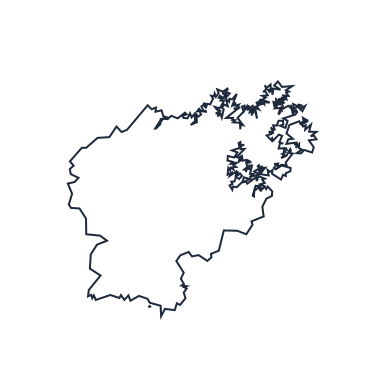 La Chorrera, Panama (orthographic projection), rotated 63°
{"feature_id": "35544464B93152851867893", "entity_name": "La Chorrera", "entity_type": "district", "adm_level": 2, "iso_a3": "PAN", "parent_name": "Panama", "parent_adm1": "", "projection": "orthographic", "projection_center": [-79.87, 8.978], "detail": "fine", "context": "isolated", "style": "outline", "palette": "slate", "viewbox_px": 384, "rotation_deg": 63, "n_neighbors": 0, "source": "geoboundaries", "source_scale": "gbopen_adm2", "svg_char_len": 5985}
<svg xmlns="http://www.w3.org/2000/svg" viewBox="0 0 384 384"><g transform="rotate(63 192 192)"><path d="M94.6,192.1L107.1,221.7L106.6,227.5L99.4,229.6L105.6,240.7L100.9,251.6L104.6,266.2L102.6,270.1L109.3,286.9L114.8,285.5L116.1,290.5L121.1,291.9L127.8,286.7L129.8,292.0L128.1,298.8L139.1,299.6L147.3,307.5L151.3,307.0L155.6,299.7L167.6,298.5L181.6,305.4L189.2,293.7L196.8,289.9L195.8,300.6L201.6,310.5L213.9,317.8L224.9,311.4L232.5,328.5L237.7,332.0L237.9,328.5L241.4,329.1L239.6,326.4L244.5,326.7L246.7,311.5L253.5,304.8L251.6,302.1L257.4,301.3L255.3,295.6L260.9,296.2L260.5,286.4L266.9,280.2L271.5,279.9L279.1,271.6L288.7,275.9L283.9,269.2L289.4,261.0L284.3,256.0L287.2,253.9L283.7,246.0L277.8,245.0L275.6,240.6L273.3,242.3L273.5,239.6L270.6,243.8L270.3,241.0L264.3,241.3L260.1,236.0L246.4,237.3L243.1,231.0L243.9,222.1L249.4,221.3L251.2,214.8L260.4,209.6L259.0,204.3L255.7,203.2L256.5,194.8L240.7,181.1L247.0,169.4L254.3,162.8L248.7,153.0L245.2,152.3L246.3,139.2L237.0,136.0L231.7,128.7L231.8,122.6L227.9,120.2L221.5,122.1L223.1,124.6L219.9,125.0L221.4,127.9L219.2,129.0L222.9,130.1L218.3,130.8L219.3,136.1L224.1,138.8L222.8,139.6L215.3,132.5L218.8,129.2L216.6,130.1L218.4,125.8L216.1,127.5L216.9,123.1L213.0,123.8L213.2,121.0L208.1,125.7L211.7,129.4L208.0,128.1L209.6,139.0L207.2,139.1L206.4,142.8L206.8,134.4L202.5,139.1L205.7,142.1L208.0,149.8L205.8,153.1L208.3,155.1L203.2,155.5L203.2,152.3L200.7,152.3L201.9,149.5L198.5,145.7L201.8,144.1L200.4,140.1L197.2,140.8L198.0,143.4L197.0,144.4L194.7,141.5L196.2,145.0L193.8,143.5L194.8,150.9L192.7,148.1L192.8,152.5L187.1,148.7L190.0,148.2L187.9,146.6L190.5,144.9L188.4,144.7L189.7,141.4L186.5,143.0L186.4,137.9L184.4,144.5L183.6,142.0L180.0,146.1L176.2,143.7L180.4,138.7L177.4,133.5L173.1,137.5L174.4,129.6L169.5,128.3L169.5,126.2L172.0,127.5L173.7,124.0L173.1,127.3L176.0,129.2L177.5,125.7L181.2,136.4L183.1,134.2L186.2,136.4L186.0,133.7L182.5,133.0L182.4,131.1L187.1,132.6L188.1,128.7L190.2,127.1L189.4,129.3L191.7,127.7L190.8,130.4L194.9,131.4L195.7,135.4L197.1,133.3L198.7,135.1L196.1,132.2L197.8,130.4L194.4,129.0L195.7,126.5L202.3,132.1L203.7,129.0L205.0,134.0L206.7,124.1L201.8,127.2L201.6,122.7L205.7,122.9L204.4,121.8L204.7,120.0L199.0,121.8L198.5,120.2L202.0,120.3L200.7,117.3L202.4,119.6L203.0,119.1L202.8,118.2L203.6,115.8L206.9,123.3L212.0,116.2L206.7,114.6L209.4,113.4L209.0,110.3L212.1,112.4L221.3,107.0L218.0,103.0L220.3,101.1L217.8,99.9L218.2,95.0L215.4,93.2L209.2,99.9L209.8,107.2L207.7,108.1L205.6,103.4L204.4,106.3L205.8,102.3L208.8,104.5L208.3,100.2L211.1,95.6L208.2,95.0L203.4,84.8L201.9,87.0L199.8,85.0L198.3,85.0L202.6,91.4L202.3,97.1L200.8,93.0L199.0,94.4L198.9,89.5L198.5,92.2L195.7,90.5L197.4,88.4L195.5,88.4L192.6,95.1L188.4,91.2L190.4,88.7L187.3,91.6L182.9,86.2L180.3,88.5L183.0,96.3L180.4,96.1L181.0,97.2L182.2,96.9L182.8,97.6L175.5,99.8L176.2,95.5L172.8,95.8L176.2,93.7L176.2,92.9L170.2,92.3L174.0,91.4L173.9,90.0L169.5,89.4L171.3,86.3L167.8,82.5L169.9,78.6L173.4,80.0L172.8,83.5L177.3,79.6L172.0,74.5L167.9,77.3L169.9,64.9L168.6,62.0L166.6,62.1L167.6,65.8L163.9,62.2L164.2,59.0L170.1,57.0L166.6,52.0L166.7,57.3L166.5,54.9L164.4,55.2L162.5,57.5L163.0,58.4L164.4,57.2L165.4,57.9L159.6,61.8L162.2,62.8L165.1,65.9L159.2,64.3L161.8,66.0L158.9,67.1L159.1,73.1L157.1,72.3L157.1,74.3L159.9,75.1L159.1,75.6L160.7,76.8L162.0,78.8L161.5,79.3L157.3,75.1L155.0,80.3L153.0,75.5L154.8,72.3L153.3,72.6L151.8,78.2L153.6,79.9L148.8,78.5L151.5,75.7L149.7,75.9L147.6,75.0L152.1,73.3L148.1,72.2L154.1,71.8L154.2,69.6L149.8,70.7L152.2,67.7L148.0,69.8L152.5,65.8L150.0,65.1L150.5,66.7L147.4,66.9L150.2,62.4L146.1,63.0L146.5,60.1L144.0,62.0L143.1,54.7L139.2,64.1L132.5,65.3L134.4,70.4L141.0,66.7L136.8,72.5L141.9,76.2L136.9,74.1L138.1,77.5L135.5,77.9L136.3,75.1L131.9,73.2L133.3,78.5L129.9,78.5L134.1,79.2L135.2,83.2L135.5,81.0L140.2,80.6L138.3,85.6L141.3,83.4L141.5,87.7L147.6,82.1L144.7,86.9L146.6,87.7L140.9,89.5L142.2,92.2L144.3,89.9L145.5,89.6L144.9,92.1L140.9,93.9L145.0,93.9L144.9,97.1L145.6,95.5L148.6,95.0L145.5,97.5L156.1,100.7L146.9,98.7L150.9,104.4L146.6,99.8L146.2,101.2L147.5,103.3L147.4,104.6L144.9,102.4L145.6,98.8L142.7,98.7L143.5,103.0L140.4,102.2L144.7,105.4L140.6,104.1L143.0,108.0L138.9,106.0L138.6,108.7L143.8,109.6L146.7,117.8L155.7,116.1L154.1,118.0L158.1,120.5L152.1,117.9L148.5,123.8L147.6,120.9L146.0,123.6L144.6,121.9L141.5,128.0L138.9,114.9L136.3,116.8L138.6,113.6L138.4,110.7L137.2,113.5L135.4,110.5L134.8,114.2L131.8,112.7L133.4,114.5L133.4,117.0L124.9,107.6L127.7,114.2L125.9,116.3L128.4,118.0L124.7,119.5L131.8,121.2L128.7,123.6L130.5,127.0L132.7,126.2L139.2,131.7L135.1,131.1L136.3,134.8L133.9,132.4L132.9,135.3L132.5,130.2L129.7,132.5L126.5,133.0L130.1,129.4L125.3,122.0L123.5,124.9L122.6,122.5L120.2,125.4L118.8,123.5L122.9,121.1L120.0,118.4L117.6,120.3L119.8,116.8L123.1,118.4L121.3,113.7L117.8,116.4L116.6,113.5L115.9,113.5L116.6,118.9L112.0,122.9L116.0,123.4L118.1,127.5L114.5,127.1L116.7,129.0L115.0,131.2L118.4,130.9L122.2,135.9L118.0,142.0L121.4,139.4L123.1,141.3L119.6,142.5L120.0,144.8L125.0,144.9L125.8,143.2L126.5,142.9L126.9,143.1L124.2,147.0L121.0,147.9L122.5,150.9L122.9,148.8L127.1,148.7L127.7,152.4L123.9,152.8L132.0,155.9L131.6,162.7L130.3,157.0L123.5,154.3L125.3,158.5L121.0,158.1L124.3,162.6L122.1,165.9L119.8,166.0L120.3,161.5L118.1,162.2L119.9,171.3L114.7,175.9L116.0,180.6L113.6,184.7L115.2,187.7L114.0,187.0L113.5,187.2L117.1,189.3L119.1,195.1L118.7,196.0L112.9,186.2L114.9,179.6L111.5,183.1L105.4,182.1L103.9,188.1L100.4,185.8L99.9,190.4L94.6,192.1ZM194.9,53.9L191.4,60.3L186.0,55.5L187.9,62.9L184.2,60.3L184.0,63.4L181.7,63.5L181.4,56.3L179.9,59.9L180.0,57.1L176.3,59.5L179.5,60.4L180.4,64.5L177.7,64.2L176.5,74.8L182.7,81.2L190.4,77.9L188.8,82.3L192.0,86.0L195.4,76.3L197.3,76.7L195.7,79.2L198.0,77.3L199.9,79.5L197.9,74.8L201.4,76.7L204.1,74.9L204.9,81.2L207.1,77.2L205.4,73.0L211.3,67.1L207.5,63.2L199.1,64.4L201.5,57.2L197.1,57.8L196.2,61.0L194.9,53.9ZM275.1,283.0L275.0,281.3L274.3,281.6L275.1,283.0Z" fill="none" stroke="#1e293b" stroke-width="2"/></g></svg>